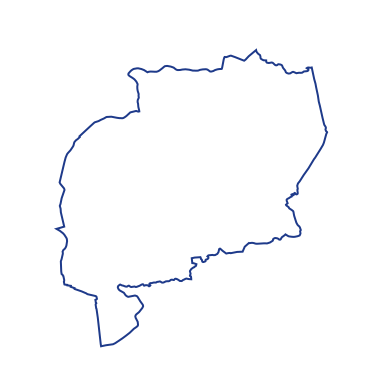 the district of Chau Thanh, Tây Ninh, Vietnam, rotated 78°
{"feature_id": "81297802B30323481145094", "entity_name": "Chau Thanh", "entity_type": "district", "adm_level": 2, "iso_a3": "VNM", "parent_name": "Vietnam", "parent_adm1": "Tây Ninh", "projection": "robinson", "projection_center": [106.01, 11.316], "detail": "fine", "context": "isolated", "style": "outline", "palette": "blue", "viewbox_px": 384, "rotation_deg": 78, "n_neighbors": 0, "source": "geoboundaries", "source_scale": "gbopen_adm2", "svg_char_len": 5891}
<svg xmlns="http://www.w3.org/2000/svg" viewBox="0 0 384 384"><g transform="rotate(78 192 192)"><path d="M324.0,313.0L324.0,308.2L324.5,300.9L323.9,298.5L320.5,290.1L318.8,286.4L316.7,282.1L313.7,277.3L312.4,274.2L311.5,272.8L310.6,272.4L307.7,272.1L303.3,273.3L301.8,273.3L300.9,272.8L300.1,271.9L298.5,268.8L295.2,264.8L293.7,263.6L292.9,263.5L292.0,263.6L288.2,265.3L283.6,266.9L282.8,267.3L282.3,267.7L281.4,269.3L281.3,275.5L281.3,276.1L281.0,276.7L280.2,277.6L279.2,278.4L276.4,279.6L273.3,283.1L272.5,283.7L271.3,284.2L270.0,284.4L269.3,284.2L268.6,283.7L267.7,282.0L267.6,281.5L268.7,280.1L269.5,278.4L270.1,277.6L270.9,276.1L271.0,275.1L270.5,273.8L270.5,273.2L271.8,272.0L272.3,271.3L272.5,267.9L273.2,266.8L273.3,266.0L272.8,262.7L272.1,260.6L272.0,259.4L272.1,259.1L272.3,258.9L273.6,258.4L273.7,258.1L273.5,256.7L273.8,255.4L274.2,254.6L275.3,253.6L275.1,252.7L274.7,252.2L273.8,252.7L273.2,252.8L272.8,252.6L272.5,251.7L272.7,250.5L272.6,248.1L273.1,246.1L272.7,244.9L272.8,243.3L272.8,242.0L273.1,241.5L274.3,240.3L274.5,239.7L274.6,239.1L274.5,238.1L274.0,236.3L274.1,234.9L274.4,233.6L274.4,233.0L274.3,232.4L273.6,231.1L273.5,230.5L273.7,229.5L274.2,228.5L274.3,227.9L273.6,227.0L273.4,226.4L273.5,225.8L274.3,224.5L275.4,223.3L276.4,222.5L276.9,220.9L276.9,220.4L276.2,219.0L275.9,217.4L275.6,216.6L275.5,215.5L276.5,213.3L277.2,210.9L276.1,210.7L274.4,210.6L273.9,211.3L273.4,211.4L271.7,210.4L269.1,210.5L268.7,210.3L267.2,208.7L266.3,206.8L266.0,205.4L265.5,205.0L265.3,203.8L264.6,203.2L263.5,202.7L262.0,205.2L261.6,206.5L256.7,206.0L256.7,203.0L257.5,197.3L257.9,197.2L259.5,197.1L260.2,196.5L262.2,196.4L262.8,195.8L262.9,195.2L262.6,193.4L262.4,193.1L261.3,192.8L261.0,192.3L260.9,190.8L260.2,189.8L259.6,189.6L258.9,189.7L258.2,190.3L257.5,189.4L257.4,188.9L257.8,185.1L258.3,183.9L258.5,182.5L257.8,180.1L256.3,178.6L253.5,177.3L253.2,176.6L253.3,176.2L255.9,174.3L259.3,171.3L259.3,169.3L259.5,167.5L259.8,167.2L259.9,166.7L260.0,160.3L260.9,154.9L256.5,151.8L253.7,146.9L254.0,146.4L254.1,144.5L254.4,143.2L255.0,141.8L255.4,141.2L255.9,140.1L256.2,138.9L257.2,132.1L257.9,129.2L257.6,126.2L256.5,123.3L256.3,123.0L255.5,122.7L254.7,122.1L254.3,120.6L254.4,119.8L255.0,118.3L255.9,117.1L256.7,116.6L256.9,115.9L256.9,115.5L256.7,115.1L255.0,113.6L253.4,110.1L252.9,109.4L255.2,107.0L255.6,106.3L256.4,104.1L257.0,102.1L257.2,100.6L257.2,97.8L256.9,95.8L256.1,95.1L255.0,94.5L252.8,94.4L252.2,93.8L251.8,93.5L249.2,93.8L248.0,94.2L246.9,95.1L246.0,95.6L243.7,96.3L236.7,97.0L234.6,97.0L232.8,96.9L231.8,97.0L230.2,98.3L228.2,100.3L227.0,100.6L224.6,102.6L224.0,102.7L222.9,100.8L220.3,101.2L219.2,101.0L218.6,100.2L218.2,98.6L217.6,97.2L217.1,95.3L216.8,95.2L215.2,95.3L215.1,95.1L215.3,94.4L215.0,94.0L215.1,93.8L216.2,93.7L216.2,93.4L215.9,93.0L214.5,92.3L214.3,91.7L214.7,91.3L215.5,91.1L216.0,90.5L216.0,89.7L215.7,89.1L215.1,88.8L211.8,88.5L211.0,87.9L207.8,87.8L205.7,86.6L203.8,84.3L198.7,79.3L193.0,73.1L185.3,65.9L184.0,64.4L177.0,57.6L173.2,54.1L171.1,52.7L163.2,48.6L161.6,47.4L161.3,47.5L160.3,48.2L159.1,48.4L158.4,48.4L157.2,47.7L156.8,47.7L155.9,47.8L153.9,48.6L152.9,48.7L146.5,48.9L134.3,49.0L129.9,49.2L123.9,48.8L115.3,48.8L111.7,48.7L107.0,49.0L95.1,49.0L95.1,50.2L94.4,52.3L94.4,53.3L94.7,54.0L96.1,52.7L96.8,52.7L97.1,52.9L97.4,53.3L97.6,53.6L97.7,54.4L97.4,57.1L97.4,57.6L98.0,58.9L98.2,59.5L98.0,61.1L97.6,62.5L97.5,65.2L96.1,67.1L95.5,68.1L95.5,68.8L96.4,71.4L96.2,73.0L95.8,73.7L95.4,74.4L94.4,75.3L92.5,75.6L90.2,76.8L89.3,77.2L87.0,77.6L86.3,78.1L85.6,79.2L85.0,80.8L85.0,81.2L85.6,82.4L85.6,83.4L85.3,83.9L84.8,84.5L83.0,85.7L82.3,86.3L82.1,86.8L81.9,87.2L81.8,90.0L81.3,91.3L81.0,91.9L80.2,92.3L79.6,92.3L78.7,92.1L78.0,94.7L76.4,96.6L75.6,97.0L75.0,97.1L73.6,96.9L72.3,97.0L70.6,98.5L68.8,99.5L67.7,99.8L66.5,99.8L71.0,108.3L73.6,112.0L74.3,113.4L74.4,113.7L68.9,122.0L66.7,125.6L66.7,126.7L67.2,130.2L67.1,130.9L66.8,131.5L66.7,132.0L67.4,132.6L69.1,133.5L76.5,136.6L77.6,137.2L77.8,137.4L77.7,137.9L77.4,139.9L77.3,141.6L77.5,144.0L78.1,146.1L78.2,148.1L77.9,149.2L75.5,151.4L74.8,152.8L74.3,156.1L74.2,158.8L74.5,160.5L74.4,161.8L73.4,166.0L71.8,169.3L70.6,172.9L70.2,176.1L70.2,178.0L69.8,180.5L69.4,181.4L68.7,182.3L66.5,184.1L64.9,186.7L63.5,190.1L63.3,192.3L63.7,193.3L64.7,195.1L66.4,198.6L66.8,199.9L67.0,201.6L66.7,203.1L65.6,207.3L65.4,209.2L65.6,210.7L62.8,213.5L61.2,215.9L59.8,219.0L59.6,220.1L59.5,223.1L59.6,223.9L60.4,226.0L61.5,227.7L62.8,229.4L63.5,229.8L64.4,229.8L65.6,229.0L68.1,226.4L69.8,224.9L72.4,223.5L75.0,222.8L75.3,222.8L77.5,223.6L79.7,224.0L81.9,224.1L85.1,223.8L86.8,224.3L88.4,224.4L89.1,224.7L90.4,225.7L91.2,226.1L92.7,226.5L94.4,226.4L97.6,226.8L100.9,226.7L102.2,226.8L102.2,227.9L101.1,229.8L101.3,235.8L104.1,240.5L105.0,242.6L105.3,243.7L105.4,244.4L104.7,247.5L103.8,250.0L101.6,255.2L100.9,259.6L100.9,260.2L101.8,263.0L102.5,266.3L103.2,268.6L103.6,272.5L103.8,273.1L106.3,277.4L114.1,290.5L114.9,290.3L116.4,292.7L117.2,294.6L118.6,296.5L119.3,297.0L122.0,298.3L123.2,299.4L126.0,302.3L127.9,305.0L129.0,306.3L132.0,308.4L136.1,310.5L155.1,319.5L156.7,319.1L161.7,316.5L162.6,316.3L163.5,316.3L171.0,320.8L176.3,323.1L178.1,324.2L181.0,324.0L184.6,324.5L199.3,324.2L199.9,332.2L202.5,329.3L205.6,326.7L207.4,325.7L210.8,324.4L211.9,324.2L214.1,324.4L218.3,326.0L219.7,326.9L220.9,328.0L222.1,330.0L223.5,331.0L224.8,331.0L225.8,331.3L230.7,333.6L232.5,334.7L242.4,336.4L245.1,336.6L246.1,335.8L246.9,335.7L247.5,335.3L248.2,335.3L251.5,335.3L252.6,335.6L253.2,336.0L253.6,336.0L255.9,336.0L256.2,335.5L256.9,333.3L257.4,333.4L258.6,330.0L259.5,330.4L261.6,326.9L262.1,327.2L262.5,326.9L266.2,320.7L269.1,316.6L270.2,315.5L273.6,308.2L274.2,307.4L274.7,307.2L276.7,307.2L277.0,307.4L277.5,309.0L278.3,308.9L279.8,309.1L280.3,308.8L280.9,308.7L281.5,309.4L282.2,309.7L286.1,309.9L286.5,309.7L295.5,310.3L321.8,312.9L324.0,313.0Z" fill="none" stroke="#1e3a8a" stroke-width="2"/></g></svg>